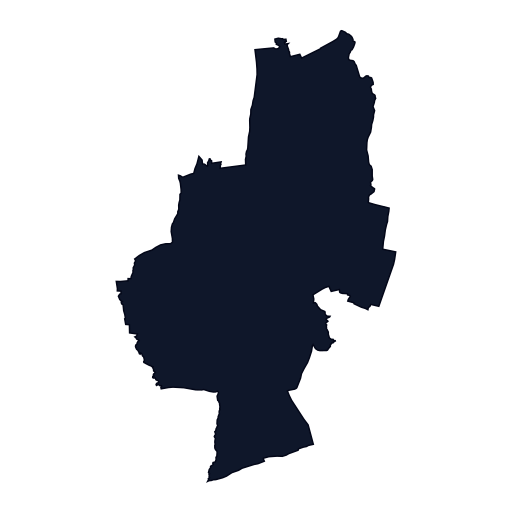 Lelesti, Gorj, Romania (orthographic projection)
{"feature_id": "2599482B29028980052546", "entity_name": "Lelesti", "entity_type": "district", "adm_level": 2, "iso_a3": "ROU", "parent_name": "Romania", "parent_adm1": "Gorj", "projection": "orthographic", "projection_center": [23.201, 45.094], "detail": "fine", "context": "isolated", "style": "filled", "palette": "ink", "viewbox_px": 512, "rotation_deg": 0, "n_neighbors": 0, "source": "geoboundaries", "source_scale": "gbopen_adm2", "svg_char_len": 6043}
<svg xmlns="http://www.w3.org/2000/svg" viewBox="0 0 512 512"><path d="M264.3,461.2L263.4,459.1L263.4,458.2L268.8,456.7L277.1,456.1L282.3,456.3L286.2,455.1L288.8,453.6L297.9,450.3L298.2,450.1L298.4,449.0L298.8,448.7L303.4,447.1L306.5,446.5L308.4,445.4L313.3,444.3L308.1,424.9L303.9,419.3L291.6,400.4L289.2,395.5L287.4,391.0L288.6,390.3L294.7,389.1L296.1,388.4L296.8,387.7L300.5,378.3L301.5,373.6L304.1,368.5L307.5,362.6L309.4,357.7L311.5,351.2L312.4,345.6L313.1,344.5L315.5,348.6L317.7,350.1L319.9,350.6L326.5,350.5L327.5,350.1L328.5,348.5L330.3,346.5L330.4,345.8L330.2,345.0L331.1,344.1L331.5,343.0L332.1,342.5L332.8,343.0L333.8,341.9L335.3,341.0L335.2,340.7L333.5,340.9L333.6,340.0L333.0,339.3L331.6,339.5L329.4,338.0L328.3,334.2L328.3,332.1L326.9,329.3L326.3,328.6L326.5,327.5L326.3,325.6L326.7,325.0L326.0,324.3L325.6,323.0L327.9,321.4L327.6,320.7L326.0,319.7L325.9,319.3L326.9,318.2L329.6,317.0L330.0,316.3L327.4,316.2L325.9,315.3L324.9,313.3L325.1,312.3L324.8,311.5L320.6,309.7L317.4,306.1L316.8,304.3L315.3,302.7L313.4,302.9L313.8,299.0L313.1,295.7L313.1,294.7L322.5,288.9L325.3,287.5L328.9,286.3L331.2,291.4L339.4,289.5L339.7,292.2L340.4,292.8L342.4,293.4L347.5,293.7L347.6,294.9L349.7,295.4L350.3,296.4L348.3,299.4L347.8,301.1L353.4,302.6L353.9,302.9L354.0,303.7L354.8,304.1L361.4,307.2L365.3,308.4L367.9,309.7L368.3,307.6L369.9,306.4L370.8,304.4L378.8,306.3L393.5,264.3L394.6,259.4L395.7,251.9L382.7,249.2L383.4,241.5L384.5,236.0L385.3,229.9L386.6,224.3L387.5,221.5L387.8,216.6L388.8,211.3L389.1,208.1L375.0,204.6L368.9,202.8L368.3,202.3L368.6,199.0L368.5,197.1L369.4,194.9L370.8,194.2L374.0,191.6L374.6,189.0L374.5,188.7L372.6,187.5L370.5,185.6L370.9,184.7L370.5,182.1L372.3,180.5L372.7,179.4L372.2,176.0L372.2,169.6L371.1,166.2L369.7,165.1L369.0,163.7L368.6,162.0L368.1,155.9L366.6,150.0L366.9,142.6L367.3,139.7L368.1,137.2L370.6,132.1L371.4,127.4L371.6,124.5L372.8,120.6L373.5,117.0L373.5,114.9L374.6,110.6L373.0,106.6L374.3,102.5L374.6,100.5L375.7,98.2L375.1,97.2L375.2,96.0L374.7,95.0L372.5,93.6L372.1,93.1L371.5,91.1L371.3,89.0L370.7,88.0L370.5,87.1L370.7,86.4L371.7,85.1L373.2,84.4L373.1,82.3L371.6,78.0L370.7,77.5L369.3,77.7L368.5,76.2L368.0,75.9L366.2,75.9L363.2,78.3L361.2,78.0L359.7,77.0L356.2,65.3L355.2,64.2L354.1,61.6L353.0,60.7L349.7,60.2L348.7,59.4L348.4,57.5L349.1,53.9L350.2,52.2L350.9,50.3L352.0,49.7L353.5,47.0L354.7,43.7L355.0,42.1L354.6,41.7L352.9,41.0L353.0,39.5L352.0,37.2L350.9,35.9L348.7,34.2L346.9,33.8L345.4,32.3L342.1,30.8L341.3,30.7L340.5,31.3L338.6,36.6L337.9,37.9L336.6,39.2L332.9,41.5L320.6,48.2L320.6,48.7L301.6,58.1L299.8,54.3L290.4,56.7L289.4,53.4L289.5,52.2L288.7,50.8L288.5,49.4L287.2,45.9L287.3,44.5L288.2,43.6L285.0,44.1L284.4,42.8L285.1,42.4L284.8,41.9L286.3,41.4L285.9,39.2L283.1,39.5L282.7,38.7L281.8,38.8L278.3,38.2L274.9,39.1L275.2,42.0L276.5,43.1L276.3,44.3L278.9,45.5L279.7,46.5L278.8,48.1L278.3,48.5L275.8,49.1L273.7,47.9L255.0,49.7L256.5,62.1L257.0,68.9L257.1,74.6L254.2,97.4L253.1,100.7L252.4,105.2L250.9,109.5L250.8,114.1L249.8,118.6L249.7,120.4L249.9,127.4L249.7,131.3L248.5,136.9L247.8,148.0L247.3,150.2L246.6,151.2L246.0,154.1L246.2,156.2L245.5,159.4L245.7,165.0L220.2,168.3L220.3,166.5L220.1,165.6L220.9,164.6L220.6,163.6L221.1,161.9L211.8,163.3L211.5,160.6L210.5,160.4L210.2,159.0L209.7,158.8L209.3,158.9L208.8,160.7L207.6,162.7L207.8,165.8L207.3,166.3L204.5,164.2L202.8,164.1L202.3,162.4L202.1,160.1L198.9,156.4L197.0,163.8L195.0,168.6L193.8,173.2L193.5,173.5L190.8,174.1L183.0,177.2L182.4,177.1L180.3,175.8L178.5,175.2L178.7,178.4L179.9,181.2L180.4,183.3L181.1,189.4L181.2,192.5L181.0,193.3L180.0,194.3L179.9,199.9L179.1,202.7L178.7,205.2L178.8,209.2L177.8,211.7L177.8,213.7L174.7,218.8L173.4,222.6L172.4,223.9L171.5,227.2L171.2,231.6L172.4,238.4L172.5,242.2L170.6,243.7L165.5,243.8L160.6,244.9L155.8,247.4L151.9,250.1L144.4,252.6L139.3,255.5L134.7,259.0L135.4,260.2L135.5,261.2L134.4,263.1L134.7,265.0L133.2,267.8L133.3,269.3L132.9,270.8L133.1,272.3L131.3,276.3L130.9,278.7L128.1,278.6L128.1,280.8L120.5,281.5L116.3,281.4L117.4,288.5L117.3,290.9L121.0,291.1L121.1,293.6L119.7,294.2L118.4,296.2L119.8,299.6L122.1,301.5L121.3,301.7L121.3,302.8L121.9,304.1L123.1,304.7L123.7,310.7L124.8,314.5L125.3,317.4L125.2,318.6L124.7,318.8L125.7,324.4L129.4,324.7L129.6,332.9L137.4,334.0L136.6,336.1L134.9,336.9L135.9,337.7L136.7,339.1L138.6,339.8L139.1,340.6L138.2,341.1L137.2,342.8L136.9,344.2L135.9,344.9L135.5,346.1L135.7,347.2L136.6,349.2L138.0,350.4L138.8,352.1L139.3,352.5L139.2,353.1L139.4,353.7L140.1,354.1L140.4,352.9L141.0,353.1L142.2,354.5L142.4,355.7L143.7,357.0L144.3,359.5L144.3,360.7L143.7,361.6L143.9,362.5L149.5,365.4L150.5,365.6L151.7,366.5L152.9,366.7L152.6,367.3L153.6,369.5L153.6,370.9L155.3,372.2L154.4,373.5L153.6,374.0L153.4,374.6L153.9,375.6L153.9,376.2L152.8,376.3L152.7,377.6L153.8,378.1L155.2,377.9L156.0,379.8L158.2,380.8L158.9,381.8L158.7,382.5L156.9,383.2L156.3,384.0L156.1,384.6L156.5,385.4L158.4,384.5L160.0,385.7L161.5,385.7L161.6,386.4L160.9,387.5L161.2,388.8L168.5,387.5L172.9,387.1L183.8,387.7L195.7,389.8L201.7,389.9L203.8,389.5L209.4,391.3L213.5,392.0L215.7,391.9L217.4,391.2L218.1,391.5L218.4,393.0L217.8,394.7L217.2,395.8L217.1,396.3L217.7,400.3L218.7,401.2L219.0,402.3L219.6,403.3L219.6,404.6L220.0,406.8L219.7,408.9L219.9,409.6L219.2,411.1L219.2,413.0L219.4,414.0L218.6,415.2L218.6,415.8L218.2,416.5L218.1,418.1L217.2,419.9L217.0,423.8L217.8,425.8L217.1,426.5L217.0,427.3L216.2,428.5L215.7,430.9L214.8,431.7L215.7,434.3L214.7,435.6L214.3,436.7L215.4,438.3L214.9,441.0L214.9,443.0L215.4,444.2L214.8,445.1L214.8,447.3L215.0,448.5L215.6,449.7L217.0,451.3L217.1,452.5L216.8,456.6L216.0,457.2L216.1,459.7L215.2,462.0L213.1,462.5L212.8,463.3L213.3,463.9L213.3,464.4L211.7,465.7L210.8,466.1L210.5,466.7L210.6,467.8L209.3,469.4L208.5,472.5L209.5,473.8L209.0,474.3L209.3,475.0L209.1,476.5L209.5,477.7L208.4,478.5L208.3,478.8L208.7,479.4L207.7,481.3L209.0,480.7L211.7,480.4L212.9,479.8L215.8,479.6L222.7,477.7L226.5,476.1L231.9,472.6L238.6,470.3L242.1,468.2L254.2,464.4L257.9,463.7L264.3,461.2Z" fill="#0f172a" stroke="#020617" stroke-width="1.5"/></svg>